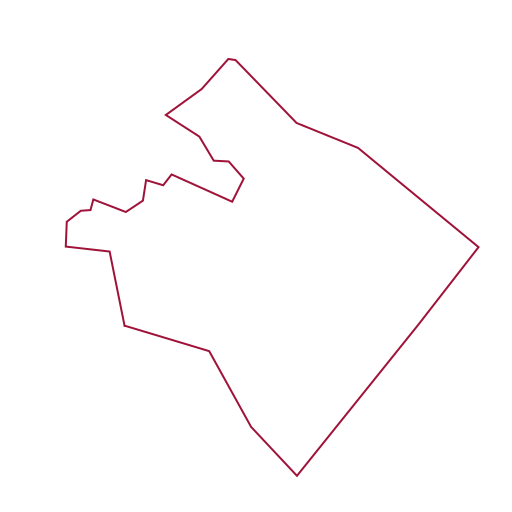 outline of Lafon, Eastern Equatoria, South Sudan, rotated 128°
{"feature_id": "79223893B81439496011559", "entity_name": "Lafon", "entity_type": "district", "adm_level": 2, "iso_a3": "SSD", "parent_name": "South Sudan", "parent_adm1": "Eastern Equatoria", "projection": "albers", "projection_center": [32.675, 5.157], "detail": "fine", "context": "isolated", "style": "outline", "palette": "rose", "viewbox_px": 512, "rotation_deg": 128, "n_neighbors": 0, "source": "geoboundaries", "source_scale": "gbopen_adm2", "svg_char_len": 535}
<svg xmlns="http://www.w3.org/2000/svg" viewBox="0 0 512 512"><g transform="rotate(128 256 256)"><path d="M117.8,399.1L157.8,401.6L200.4,413.9L196.8,374.1L206.9,348.0L198.3,335.7L202.6,313.3L227.9,308.2L243.7,372.7L257.4,372.7L263.9,389.3L282.0,379.2L301.5,385.7L311.6,419.0L321.7,414.7L328.2,421.9L345.5,426.2L365.7,411.7L342.6,374.1L392.0,316.5L391.6,316.1L359.8,234.3L393.7,154.6L404.0,88.4L210.8,85.8L112.0,86.1L109.0,204.3L108.0,242.1L126.2,305.9L114.2,392.8L117.8,399.1Z" fill="none" stroke="#9f1239" stroke-width="2"/></g></svg>